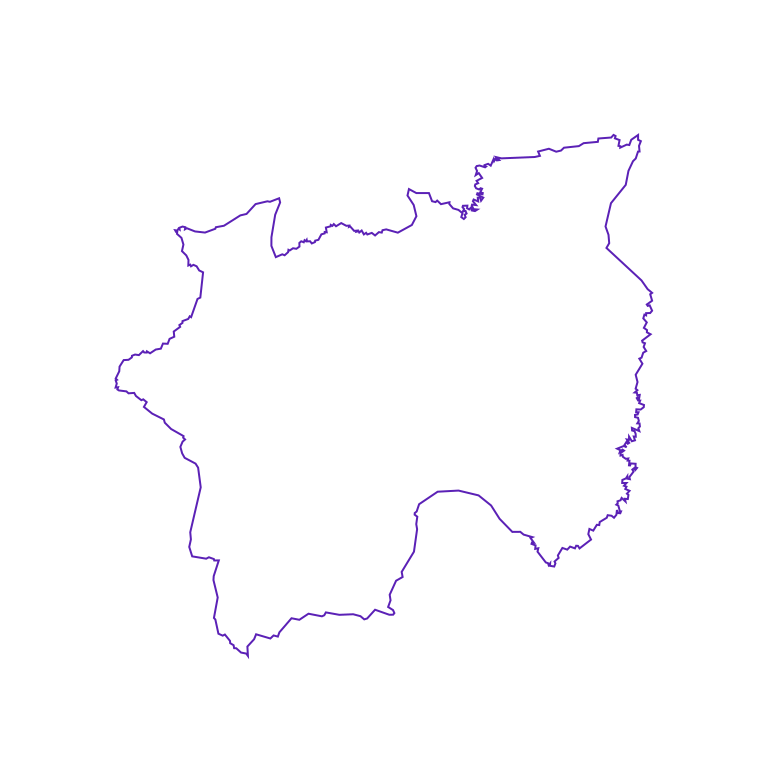 the district of Phu Khiao, Chaiyaphum, Thailand, rotated 101°
{"feature_id": "78962969B29534138617955", "entity_name": "Phu Khiao", "entity_type": "district", "adm_level": 2, "iso_a3": "THA", "parent_name": "Thailand", "parent_adm1": "Chaiyaphum", "projection": "albers", "projection_center": [102.134, 16.339], "detail": "fine", "context": "isolated", "style": "outline", "palette": "violet", "viewbox_px": 768, "rotation_deg": 101, "n_neighbors": 0, "source": "geoboundaries", "source_scale": "gbopen_adm2", "svg_char_len": 6145}
<svg xmlns="http://www.w3.org/2000/svg" viewBox="0 0 768 768"><g transform="rotate(101 384 384)"><path d="M528.3,191.1L528.6,188.8L530.4,187.8L528.3,186.7L530.8,186.4L530.7,182.1L527.4,181.5L525.7,182.7L521.4,179.4L519.1,180.6L510.9,177.6L511.6,172.5L508.1,170.3L508.9,165.2L506.1,164.5L505.9,162.7L508.1,160.7L497.2,151.1L492.4,154.8L487.1,154.7L488.0,150.6L481.6,148.2L481.4,145.8L478.3,145.9L472.8,139.8L470.1,139.4L469.9,135.5L471.4,132.7L468.0,130.9L463.3,131.3L466.0,129.5L465.8,127.4L463.8,127.0L464.0,128.1L458.6,130.8L458.1,132.9L456.5,131.8L454.6,132.4L453.0,129.6L450.5,129.0L453.3,124.5L450.7,125.6L450.4,122.7L446.2,122.9L445.3,124.6L442.0,122.6L441.0,127.1L438.5,126.4L438.1,129.0L434.9,127.1L435.7,131.3L432.7,131.7L430.5,128.5L428.2,127.6L430.5,127.2L430.5,124.5L428.6,125.4L422.4,122.3L420.6,123.9L419.0,122.5L420.5,120.9L418.1,119.6L417.7,121.3L414.3,121.8L414.9,126.6L417.0,126.9L417.1,128.0L412.5,128.4L412.7,130.3L410.5,130.0L411.3,132.4L409.9,135.6L408.1,136.3L409.1,138.2L406.7,138.7L403.6,135.7L402.9,137.4L405.5,139.5L403.9,139.3L403.0,142.8L399.1,136.8L399.8,133.8L398.0,136.3L394.7,135.0L396.1,133.3L395.0,132.1L392.1,135.0L392.0,132.9L388.9,133.4L392.9,129.8L391.4,126.9L387.9,128.8L387.7,126.8L384.8,127.5L382.5,129.1L382.3,131.6L379.8,132.3L381.5,124.4L378.9,125.9L376.9,124.7L374.0,125.6L374.3,127.8L371.6,126.8L368.7,128.2L368.6,131.2L366.5,131.7L365.5,129.2L363.2,128.8L363.6,131.1L360.7,131.4L360.1,127.2L357.2,124.6L355.0,124.8L354.1,129.9L351.4,129.4L351.7,131.4L349.6,133.2L348.7,132.4L350.0,130.8L345.9,130.9L346.7,133.2L344.3,134.1L344.5,136.3L341.7,134.1L340.6,136.1L333.7,135.5L326.9,138.7L314.8,134.2L310.4,138.2L309.0,136.2L303.8,135.5L301.6,132.9L298.1,136.2L294.2,135.6L293.8,138.1L292.2,138.9L284.3,131.8L283.1,135.8L280.9,136.1L279.3,139.6L273.4,137.8L270.1,142.0L266.2,141.6L266.6,139.8L264.4,140.2L263.6,136.3L260.9,134.8L256.1,138.2L257.0,140.0L255.8,141.2L251.1,136.7L245.1,139.8L243.4,138.2L240.6,143.3L233.2,151.0L208.0,191.6L202.8,189.8L194.7,192.1L187.1,196.6L163.2,195.7L142.4,184.7L128.1,184.7L117.8,182.1L114.6,179.9L107.4,179.0L107.0,177.5L101.6,179.1L96.6,178.2L95.8,181.2L91.1,182.1L97.1,187.9L102.6,188.8L102.7,191.4L106.9,197.2L105.5,197.4L105.5,199.3L99.6,199.3L98.8,204.2L96.4,204.0L95.7,206.2L98.7,208.0L102.1,220.4L105.5,220.3L109.5,234.0L113.3,238.1L117.7,252.4L121.1,254.8L123.1,259.3L121.6,267.0L126.4,277.1L130.3,274.5L132.4,279.3L140.1,311.8L139.9,316.9L142.2,313.6L143.0,315.9L141.8,317.6L144.1,318.4L142.2,319.3L149.3,320.9L148.0,323.8L150.0,327.2L151.2,327.2L151.3,325.5L152.0,326.1L151.3,331.9L152.4,334.6L154.3,335.4L157.1,333.3L161.4,333.8L158.9,331.2L163.0,327.0L166.9,331.9L168.9,329.9L170.7,332.5L172.3,332.6L174.3,330.9L174.9,327.7L173.4,326.6L173.6,325.0L177.5,326.1L177.7,323.5L179.0,323.5L178.9,328.7L180.2,328.9L182.1,322.1L185.6,323.7L182.7,325.3L183.2,327.5L186.8,326.4L185.8,331.2L187.6,331.6L190.8,327.7L191.1,331.8L192.1,331.9L195.3,329.4L194.9,325.6L196.9,327.7L196.9,331.0L193.6,331.9L196.4,333.7L195.6,336.0L193.0,336.2L194.0,340.5L195.4,340.7L197.0,338.7L199.5,339.5L198.6,337.0L200.9,335.5L202.5,337.1L204.7,335.7L206.8,337.1L205.4,340.0L201.4,339.5L198.9,344.1L198.4,349.7L194.9,354.2L193.1,354.4L196.6,362.4L193.8,366.8L195.6,368.1L195.4,371.7L188.0,376.3L190.4,388.7L187.9,396.7L194.5,396.9L202.6,389.0L213.1,384.2L222.6,387.0L232.8,399.3L231.8,411.3L233.3,414.8L235.8,415.1L235.9,418.0L239.9,421.1L238.0,424.8L240.4,428.9L239.0,430.4L241.0,432.3L237.6,435.2L240.0,437.2L238.9,438.1L239.7,439.9L238.5,439.5L239.4,442.5L235.7,447.4L236.4,448.3L235.1,448.3L235.9,451.2L234.2,456.7L238.3,461.2L236.6,463.8L238.6,464.8L238.0,466.6L239.4,466.5L241.5,470.9L246.0,469.2L246.1,471.2L247.5,471.0L249.0,474.0L255.0,475.9L256.4,478.9L257.9,478.9L259.8,481.7L258.0,483.8L258.7,486.8L257.2,487.4L258.7,488.0L258.0,489.4L260.2,489.8L259.7,492.5L261.7,494.0L265.2,493.2L268.0,495.8L268.1,499.2L270.9,502.0L270.5,503.4L272.9,503.3L276.6,506.1L276.1,508.6L280.1,514.4L269.9,520.9L261.4,522.5L238.6,523.1L225.6,520.6L221.7,522.4L226.9,530.7L226.9,533.3L231.9,544.4L243.3,551.4L245.9,557.2L259.2,571.3L262.2,579.0L263.8,579.2L269.5,588.6L270.3,598.6L268.7,607.3L270.1,608.9L268.0,609.0L267.9,611.8L269.7,614.7L271.4,614.1L270.8,615.4L272.8,616.2L272.9,618.4L274.3,617.2L273.7,616.0L276.1,615.9L279.2,610.7L285.4,607.5L292.1,607.7L295.5,602.6L299.5,599.6L305.0,598.7L303.8,597.0L305.3,595.9L303.4,593.8L304.2,590.4L307.8,587.1L308.9,582.9L334.2,580.8L336.1,583.3L355.2,586.1L354.6,587.6L357.5,588.6L360.7,593.8L362.5,593.5L365.2,596.1L366.8,595.0L372.6,600.4L377.6,598.9L380.6,603.1L385.8,604.0L386.5,608.7L391.9,609.8L393.7,614.6L398.5,619.5L397.2,622.9L398.4,622.9L398.8,625.4L397.7,626.8L402.4,630.1L402.6,634.0L404.4,636.8L406.0,636.6L409.0,639.4L410.2,644.1L417.4,646.9L422.0,646.3L429.8,648.4L430.8,646.9L431.6,648.1L434.6,646.4L438.7,646.8L437.9,644.4L440.2,644.7L440.9,643.0L440.4,635.4L441.9,633.0L440.4,627.5L443.1,625.2L446.2,619.1L445.0,617.4L447.1,613.5L452.3,615.3L457.3,605.9L460.8,593.3L463.8,591.8L468.8,584.4L473.4,570.8L475.0,570.9L476.4,568.7L479.0,570.7L484.6,571.9L490.6,568.9L494.5,565.6L498.1,553.8L501.6,550.5L520.4,544.2L566.5,545.9L573.4,543.9L581.1,544.1L589.8,539.4L589.4,525.2L587.5,522.8L588.3,517.6L589.6,517.0L588.7,512.5L605.1,514.5L609.0,514.0L625.3,506.5L646.1,506.3L647.4,504.6L660.7,498.9L661.8,494.3L660.3,492.4L665.5,486.2L667.8,485.5L669.1,481.8L671.9,480.7L671.6,478.6L674.9,473.1L674.9,467.8L676.9,465.7L667.8,468.0L659.3,462.8L654.1,461.8L655.5,447.0L651.9,444.4L652.2,440.0L647.7,439.3L631.6,430.1L631.6,422.1L623.9,414.3L623.9,400.6L622.4,398.5L619.3,397.5L619.1,383.8L615.9,370.3L616.4,362.8L618.8,358.5L617.4,355.8L607.3,349.7L609.5,334.8L608.7,331.0L606.9,330.1L604.2,332.0L602.1,337.4L595.1,336.3L589.8,338.2L574.8,334.6L569.9,328.9L565.1,330.8L542.9,322.6L520.2,323.8L515.4,325.6L507.9,326.0L506.4,329.0L504.8,329.2L502.9,327.6L495.3,326.6L479.5,310.8L474.4,290.5L475.3,269.9L482.8,255.7L494.3,244.8L504.7,229.8L503.1,222.0L505.2,218.2L506.0,209.1L507.2,210.8L511.2,206.5L511.4,208.5L512.8,208.7L513.5,204.4L517.0,204.1L515.8,201.2L519.3,201.3L528.3,191.1Z" fill="none" stroke="#5b21b6" stroke-width="2"/></g></svg>